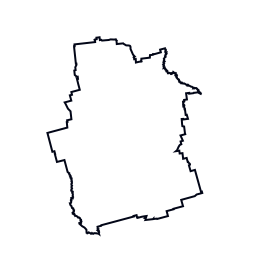 Loddon, Victoria, Australia (Albers equal-area conic projection), rotated 165°
{"feature_id": "25037944B85643834616367", "entity_name": "Loddon", "entity_type": "district", "adm_level": 2, "iso_a3": "AUS", "parent_name": "Australia", "parent_adm1": "Victoria", "projection": "albers", "projection_center": [143.84, -36.404], "detail": "fine", "context": "isolated", "style": "outline", "palette": "ink", "viewbox_px": 256, "rotation_deg": 165, "n_neighbors": 0, "source": "geoboundaries", "source_scale": "gbopen_adm2", "svg_char_len": 5618}
<svg xmlns="http://www.w3.org/2000/svg" viewBox="0 0 256 256"><g transform="rotate(165 128 128)"><path d="M48.8,142.2L49.2,142.7L48.9,143.4L49.7,144.1L49.9,144.7L50.4,145.1L50.3,145.4L50.6,145.4L50.2,146.1L50.2,146.4L50.8,146.5L50.8,147.4L51.3,147.9L51.2,148.2L51.7,148.9L52.8,149.2L53.4,149.0L54.6,149.3L54.0,149.9L55.0,150.5L55.6,151.3L56.5,151.7L57.7,152.9L58.4,153.1L58.7,153.9L59.8,153.6L59.9,153.9L59.7,154.5L60.4,154.6L62.0,156.4L63.3,156.6L63.6,157.2L65.1,157.4L65.2,157.7L64.8,158.2L65.9,158.6L65.9,159.5L66.5,159.6L66.3,160.2L66.6,160.6L66.3,161.3L66.6,161.6L66.6,162.1L67.3,162.5L67.7,163.4L67.7,163.7L68.0,164.1L67.6,164.4L67.6,164.8L67.9,164.9L68.1,165.4L67.8,165.4L67.5,165.8L67.6,166.2L67.3,166.3L67.5,166.7L68.0,166.8L67.5,167.2L67.7,167.4L68.1,167.4L68.2,167.6L67.9,168.0L67.8,168.4L68.4,168.3L68.5,169.1L69.3,169.2L69.4,169.9L69.8,170.4L70.0,170.1L69.9,169.8L70.5,169.7L71.2,169.1L71.8,169.0L71.9,169.5L72.3,169.3L72.4,169.6L72.7,169.5L72.8,170.0L73.8,170.6L74.7,170.6L74.8,170.4L75.2,170.5L75.0,171.1L75.1,171.3L75.3,171.3L75.3,172.0L75.7,172.3L75.4,172.4L75.5,172.9L75.3,173.0L75.5,173.4L76.0,173.4L76.0,174.0L76.3,174.2L76.1,174.4L76.4,175.1L76.7,175.0L77.1,175.6L76.9,176.1L77.1,176.3L77.0,176.7L77.7,176.7L77.4,177.0L77.6,177.4L77.4,177.5L77.8,177.8L77.8,178.1L77.3,178.7L77.6,178.9L77.5,179.2L77.2,179.5L77.5,180.0L77.2,180.1L76.8,180.5L76.9,180.8L76.8,181.0L76.5,181.2L76.9,181.5L76.8,182.4L76.2,182.5L75.9,183.1L75.6,183.1L75.8,183.5L75.7,183.7L75.8,183.9L75.5,184.1L75.3,184.7L75.5,185.5L74.1,186.7L73.5,186.9L73.6,187.5L73.3,187.5L73.4,188.1L72.5,188.9L72.8,188.9L72.8,189.2L72.3,189.6L72.2,190.1L71.7,190.3L71.3,191.0L71.5,191.0L71.5,191.3L71.9,191.6L71.9,192.0L72.2,192.1L71.2,193.4L71.2,193.9L71.7,194.1L71.6,194.5L71.9,195.0L71.8,195.4L76.7,195.4L76.7,192.6L83.4,192.5L84.4,192.6L84.3,192.8L84.8,192.9L85.1,192.3L87.9,192.7L88.7,190.3L97.1,191.5L97.2,190.9L97.8,190.1L97.6,188.8L97.7,188.7L100.0,189.1L103.4,189.2L102.7,192.6L104.2,192.8L104.0,194.1L104.1,194.4L103.9,194.4L103.8,195.6L103.1,195.5L104.2,197.7L104.3,198.5L105.1,203.7L104.6,205.7L104.7,206.6L105.0,207.0L105.9,207.5L108.4,208.3L110.7,210.7L110.8,211.0L117.1,212.0L116.6,214.8L116.7,215.4L116.4,215.5L116.7,216.1L116.8,216.8L118.5,217.0L121.9,218.1L123.8,218.0L130.5,219.2L131.0,220.1L132.4,220.2L132.0,223.0L133.0,223.1L135.1,223.4L135.3,221.9L136.9,222.1L137.5,221.8L137.2,221.2L137.5,219.5L158.0,222.6L158.2,221.2L158.7,221.3L158.9,220.2L159.1,220.2L161.7,203.7L161.2,203.6L161.4,202.4L163.2,200.3L163.6,197.5L165.0,197.4L165.7,193.0L164.5,191.3L164.6,190.8L163.3,190.6L163.6,188.4L164.6,188.6L164.7,183.2L164.7,177.4L173.4,177.4L173.5,174.6L175.7,174.6L175.7,169.1L182.5,169.1L182.1,167.7L181.0,162.2L179.2,159.0L180.4,151.1L184.8,151.2L184.8,149.6L185.6,149.6L186.5,144.1L207.1,144.1L207.2,124.6L205.1,124.6L205.1,121.8L205.4,121.8L205.4,113.6L197.7,113.5L197.7,101.1L196.5,99.6L196.8,99.3L196.5,98.4L196.7,98.1L196.1,97.5L196.1,96.5L195.9,96.3L196.5,95.9L196.1,95.2L196.4,94.7L196.0,94.2L195.5,94.0L195.6,93.3L196.1,92.9L196.0,92.5L196.1,92.0L196.0,91.6L196.3,91.3L196.0,91.0L196.4,90.0L196.3,89.5L196.7,88.8L197.2,88.6L197.3,88.0L197.3,87.3L197.0,86.8L197.6,86.2L197.9,85.6L197.7,85.4L197.9,84.4L197.7,84.1L198.1,83.6L198.3,83.6L198.4,83.3L199.0,82.7L199.0,82.1L198.6,82.0L198.3,81.1L198.6,80.2L198.4,79.9L198.1,80.0L198.3,79.4L198.6,79.3L198.4,78.3L198.7,77.3L199.0,76.9L198.9,76.4L199.2,75.9L199.0,75.5L199.3,75.3L199.4,74.8L199.9,74.9L200.0,74.3L201.0,74.8L201.1,74.1L201.6,73.5L201.5,72.9L201.9,72.9L202.0,72.6L202.0,72.2L201.8,71.9L202.1,71.0L203.0,70.0L203.6,70.2L203.6,69.3L203.5,68.3L202.8,67.2L202.8,65.3L201.7,64.6L201.7,63.8L202.0,63.3L201.7,62.7L201.4,62.5L201.8,61.5L202.2,61.4L202.2,61.0L202.7,60.8L202.9,60.5L203.5,60.4L203.5,60.0L203.1,59.8L203.1,59.5L203.3,59.3L202.9,59.0L202.5,59.2L202.1,59.0L202.0,58.6L202.2,58.0L201.9,57.7L201.8,56.9L201.5,57.0L201.3,56.7L200.8,56.5L199.8,55.5L199.6,54.7L199.4,54.4L198.7,54.4L198.3,54.1L198.2,53.6L197.7,53.3L197.6,52.0L197.1,51.5L197.2,50.7L197.6,50.7L197.2,49.6L197.4,49.4L197.8,49.5L197.9,48.7L198.5,48.8L198.5,48.3L199.1,48.5L198.9,47.9L199.5,47.8L197.7,45.0L195.8,43.1L194.7,41.0L194.5,40.6L195.1,37.6L194.9,37.5L194.6,36.8L194.2,36.8L193.8,36.9L193.6,37.2L193.0,37.4L191.7,36.2L191.1,35.4L190.7,35.4L190.0,35.9L189.5,35.1L189.0,34.8L187.9,35.2L187.1,34.8L186.2,34.7L185.0,34.0L184.2,34.0L183.4,33.0L183.4,34.0L183.2,34.5L182.8,34.9L182.9,35.7L182.8,36.2L183.3,36.3L183.1,36.8L183.6,37.1L183.4,37.2L183.6,37.5L183.4,37.7L183.4,38.1L183.0,38.3L183.4,38.7L183.1,39.5L183.0,40.5L179.2,40.5L179.0,41.0L145.2,41.0L145.3,41.6L142.3,41.6L142.4,39.2L141.7,39.2L141.7,38.7L137.6,38.7L135.4,38.5L132.9,38.2L133.1,37.9L133.3,38.0L133.6,37.2L133.8,37.2L134.1,36.7L135.0,36.5L134.3,35.9L134.3,35.3L134.6,35.1L134.6,34.8L134.8,34.6L127.5,33.5L127.0,33.8L127.1,33.5L123.6,33.0L123.4,32.6L112.2,32.6L112.2,37.7L105.0,37.7L105.0,38.2L95.1,38.2L95.2,44.8L81.1,44.9L78.9,46.0L73.1,46.0L73.1,47.5L74.0,47.5L74.2,70.2L78.7,70.1L78.8,76.2L78.0,76.3L77.7,76.5L77.5,76.9L77.6,77.5L78.4,78.7L78.7,79.8L79.1,79.8L79.1,83.9L82.7,84.0L81.9,89.6L84.7,90.0L84.3,92.8L87.7,93.2L86.4,93.8L84.1,96.6L82.8,97.9L82.1,98.3L80.7,98.5L80.7,101.4L78.3,101.5L79.2,107.2L74.3,107.2L74.3,108.5L73.4,114.9L75.0,115.7L74.7,118.0L73.8,122.8L72.2,122.5L72.2,121.9L67.7,121.3L67.8,125.6L68.9,125.7L68.1,131.6L68.5,131.6L68.2,134.3L69.0,134.4L68.7,136.2L68.0,136.1L68.4,137.0L68.1,138.9L67.5,138.8L67.4,139.4L66.7,139.3L66.5,140.6L63.7,140.3L62.9,146.5L59.8,146.1L60.0,145.3L55.8,144.7L55.1,145.0L54.8,144.8L51.4,144.4L48.9,142.1L48.8,142.2Z" fill="none" stroke="#020617" stroke-width="2"/></g></svg>